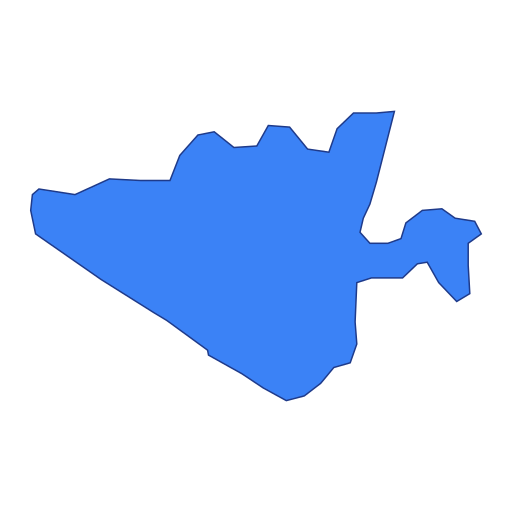 outline of Goyang-si, Gyeonggi, South Korea
{"feature_id": "91817680B27371207272645", "entity_name": "Goyang-si", "entity_type": "district", "adm_level": 2, "iso_a3": "KOR", "parent_name": "South Korea", "parent_adm1": "Gyeonggi", "projection": "robinson", "projection_center": [126.873, 37.651], "detail": "fine", "context": "isolated", "style": "filled", "palette": "blue", "viewbox_px": 512, "rotation_deg": 0, "n_neighbors": 0, "source": "geoboundaries", "source_scale": "gbopen_adm2", "svg_char_len": 859}
<svg xmlns="http://www.w3.org/2000/svg" viewBox="0 0 512 512"><path d="M208.5,355.1L242.0,373.8L263.3,388.0L286.3,400.6L304.3,395.9L320.7,383.3L327.6,375.0L333.8,367.5L350.2,362.8L356.8,344.0L355.1,321.9L356.8,282.6L371.5,277.9L402.6,277.9L417.4,263.8L427.2,262.2L438.7,282.6L456.7,301.5L469.8,293.6L468.2,265.3L468.2,243.3L481.3,233.9L479.0,229.5L474.7,221.3L455.1,218.2L441.9,208.8L422.3,210.4L405.9,222.9L401.0,238.6L387.9,243.3L369.9,243.3L360.0,232.3L363.3,218.2L369.9,204.1L376.4,182.1L394.4,111.4L376.4,113.0L353.5,113.0L337.1,128.7L328.9,152.2L307.6,149.1L289.6,127.1L268.3,125.5L256.8,146.0L233.9,147.5L214.2,131.8L197.9,135.0L179.8,155.4L170.0,180.5L140.5,180.5L109.4,178.9L75.0,194.6L38.9,189.0L32.4,194.6L30.7,210.4L35.6,233.9L101.1,279.5L153.6,312.5L166.7,320.4L207.6,350.2L208.5,355.1Z" fill="#3b82f6" stroke="#1e3a8a" stroke-width="1.5"/></svg>